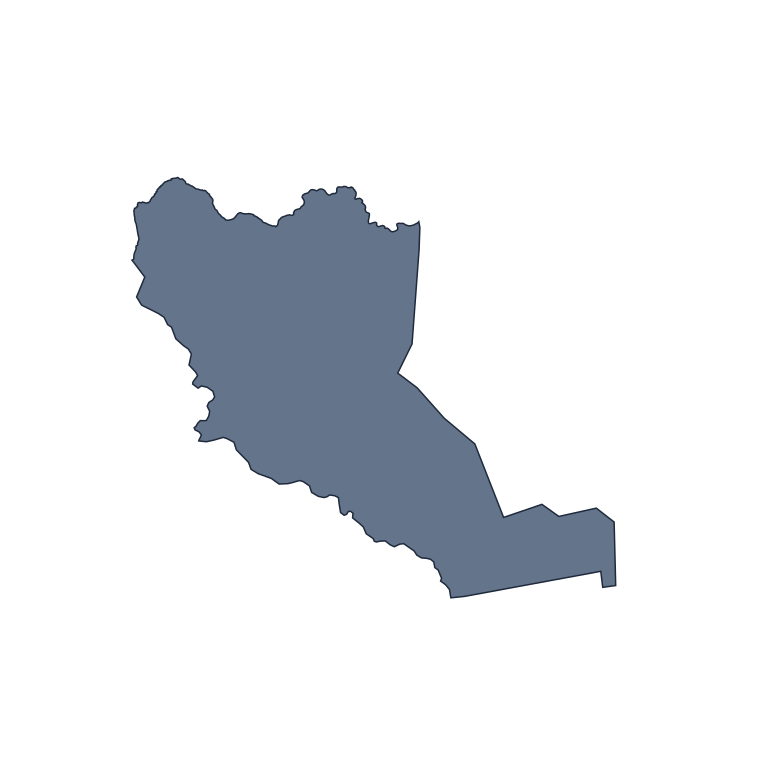 the district of Municipality D, Montevideo, Uruguay, rotated 305°
{"feature_id": "84410073B61220439559316", "entity_name": "Municipality D", "entity_type": "district", "adm_level": 2, "iso_a3": "URY", "parent_name": "Uruguay", "parent_adm1": "Montevideo", "projection": "natural_earth1", "projection_center": [-56.128, -34.798], "detail": "fine", "context": "isolated", "style": "filled", "palette": "slate", "viewbox_px": 768, "rotation_deg": 305, "n_neighbors": 0, "source": "geoboundaries", "source_scale": "gbopen_adm2", "svg_char_len": 6063}
<svg xmlns="http://www.w3.org/2000/svg" viewBox="0 0 768 768"><g transform="rotate(305 384 384)"><path d="M525.0,251.1L525.5,249.5L525.9,249.0L526.1,248.6L526.0,248.2L526.1,247.7L526.7,246.4L526.8,245.8L526.7,244.9L526.6,244.3L526.4,244.0L526.1,244.2L525.7,244.0L524.2,242.0L524.0,241.4L523.9,239.6L522.9,237.9L522.5,237.5L522.1,237.4L521.4,236.8L520.5,235.7L520.0,234.7L519.4,233.8L518.6,233.2L518.0,233.2L517.0,233.3L515.4,234.2L514.7,234.8L513.9,235.2L513.0,235.1L512.0,234.6L511.4,234.0L510.9,233.1L509.9,232.3L508.1,231.5L507.2,230.6L507.0,229.4L507.2,227.8L507.9,225.8L508.4,224.4L508.4,222.8L508.1,221.5L507.3,220.2L506.3,219.2L504.6,218.7L503.6,217.9L502.8,215.1L502.3,214.1L501.4,213.0L500.1,212.5L497.3,212.2L496.6,211.9L494.7,210.3L494.1,209.9L492.3,209.2L491.3,209.3L490.4,209.6L489.7,210.2L489.2,211.8L488.4,213.3L487.9,213.9L487.1,214.5L486.4,214.9L485.0,215.3L483.4,215.0L481.6,214.5L479.7,214.6L479.0,214.2L478.3,213.7L477.6,212.9L476.4,212.1L475.8,211.7L474.4,211.3L473.9,211.5L472.3,211.7L471.4,212.7L470.8,212.7L470.3,212.5L469.3,211.8L469.1,211.6L468.4,209.6L466.2,207.5L464.6,206.6L463.2,205.4L461.6,204.5L460.6,204.3L459.3,204.2L458.4,203.9L457.4,203.9L454.5,205.2L453.1,205.7L452.0,205.5L451.1,204.9L450.8,205.0L450.9,204.4L450.4,203.2L449.3,201.8L449.2,200.6L448.8,199.9L448.6,199.1L448.2,197.3L448.1,195.6L447.3,192.9L447.2,191.5L447.9,190.1L448.0,188.5L447.9,187.1L448.0,186.2L447.7,185.9L447.6,185.7L447.9,185.5L448.0,184.9L447.9,183.5L447.8,183.1L447.7,182.1L447.3,181.4L447.3,180.9L447.5,180.5L447.9,180.1L446.9,177.3L446.3,175.9L443.8,172.9L443.5,172.2L442.6,170.6L442.4,169.9L442.4,169.5L442.0,168.2L441.5,167.6L439.7,166.6L434.8,166.3L433.1,165.9L431.1,164.6L429.4,163.1L428.9,162.6L427.6,160.3L428.0,158.7L428.1,157.5L427.8,154.8L428.0,154.2L428.3,154.0L428.5,153.4L428.7,151.0L428.8,150.5L429.5,149.0L430.0,148.4L430.3,147.5L430.4,145.4L430.5,145.0L431.8,143.2L432.8,141.1L433.5,140.0L436.5,138.4L437.1,137.6L437.9,135.1L438.1,134.6L438.2,133.3L439.1,132.4L439.3,131.6L439.2,130.0L439.4,129.6L439.6,128.3L440.0,127.2L439.9,126.7L439.5,125.7L439.0,125.4L438.5,124.5L438.7,124.0L438.5,123.5L437.9,123.1L437.3,121.3L437.3,120.7L436.0,118.2L436.1,115.8L436.0,115.0L436.2,113.8L435.8,112.9L435.5,110.8L435.4,108.9L434.7,107.8L434.6,106.9L434.9,106.2L435.5,105.7L435.8,105.1L436.0,104.0L436.2,101.8L436.4,101.4L436.3,101.0L435.1,100.1L434.8,99.4L434.9,96.8L434.8,96.5L434.4,96.2L433.7,95.8L432.8,94.9L432.4,94.5L431.3,93.1L430.8,93.0L430.7,92.7L430.4,92.6L430.3,92.3L430.1,92.1L429.7,92.1L429.5,92.5L428.4,92.5L428.2,92.2L428.0,91.7L427.3,90.9L426.5,90.3L426.1,90.4L425.0,89.5L424.5,89.4L423.9,88.7L423.4,88.5L421.6,88.4L420.8,88.1L420.1,88.2L419.6,88.1L418.9,87.6L418.6,87.5L418.0,87.9L417.5,87.8L417.0,87.4L416.9,87.6L416.2,87.2L414.8,87.1L413.0,86.8L412.8,86.8L412.2,87.2L412.0,87.5L411.6,87.6L411.3,87.6L410.6,87.1L410.1,87.6L409.8,87.6L408.8,87.5L408.4,87.3L408.1,87.6L407.6,87.4L406.1,87.8L405.0,87.5L403.6,87.0L403.1,87.1L400.8,87.2L399.4,87.5L397.6,87.1L397.3,86.9L396.9,86.2L396.2,85.9L395.8,85.5L395.4,84.5L395.3,83.7L394.8,82.9L394.7,82.1L394.5,81.7L393.4,81.5L393.2,81.3L392.9,80.4L392.5,79.7L392.0,79.1L391.3,78.6L391.0,78.6L390.4,79.1L389.7,79.1L389.3,79.2L389.1,79.7L388.2,80.1L388.0,80.3L387.6,80.2L387.0,79.6L386.7,79.6L386.1,79.8L385.4,79.6L384.8,78.9L383.3,79.6L382.6,79.6L378.4,83.2L377.2,84.7L376.3,85.1L375.7,85.6L373.8,87.8L373.3,88.8L371.1,91.1L365.8,96.3L363.0,99.4L362.1,100.2L358.3,101.3L357.8,101.5L357.4,102.1L356.7,102.3L356.0,102.4L355.4,102.3L355.2,101.8L354.5,102.0L353.5,102.5L352.7,103.4L348.9,104.3L347.8,104.5L345.4,105.7L343.4,107.0L342.7,107.3L341.7,107.0L340.9,106.5L339.1,112.3L334.4,126.7L313.4,131.4L309.8,139.7L309.6,140.6L312.3,158.3L312.5,165.6L308.5,172.8L308.7,177.3L301.6,187.6L300.4,197.9L300.4,203.7L298.1,209.0L287.7,213.4L285.7,222.9L284.0,226.5L276.3,226.3L274.2,227.3L274.0,234.1L277.7,235.6L279.9,241.1L279.9,248.0L276.2,252.7L272.6,252.8L268.5,251.1L264.4,251.9L261.6,256.9L257.1,258.9L252.2,259.4L250.0,256.6L248.7,254.5L245.1,253.9L241.7,254.2L239.2,253.6L238.0,255.6L238.7,259.8L237.6,263.6L235.0,264.2L232.8,264.4L231.1,264.9L234.8,271.6L240.1,276.5L248.1,283.0L249.3,287.2L250.2,294.6L245.4,300.8L242.1,318.0L237.8,324.1L238.4,332.6L242.0,345.8L241.9,355.5L247.3,362.5L250.4,365.3L256.4,370.1L257.7,373.6L257.8,381.4L253.7,386.9L254.3,394.6L256.5,399.9L259.1,402.1L261.9,403.1L264.2,407.7L264.8,411.8L259.8,416.3L253.8,422.1L253.6,426.6L255.7,428.1L258.9,427.9L260.5,429.4L260.4,432.7L258.0,434.0L256.3,435.1L255.7,443.9L255.0,449.1L251.1,455.4L251.2,463.8L249.6,466.3L250.3,468.5L253.0,470.9L256.2,475.1L255.8,481.2L256.6,485.8L261.9,488.8L264.5,491.8L264.5,504.6L262.6,509.1L263.1,514.6L265.6,518.8L267.1,522.6L266.8,526.8L262.8,530.9L262.7,535.0L257.9,542.6L255.0,543.4L254.9,549.7L253.2,555.5L247.2,561.4L256.1,571.7L354.9,669.0L342.9,679.8L351.8,689.4L402.9,651.7L404.1,629.1L375.8,603.2L376.0,582.4L343.3,558.5L387.0,492.8L390.5,452.9L399.9,413.3L400.8,389.0L432.9,384.0L514.0,335.8L532.8,323.6L536.9,319.4L535.7,319.3L535.0,319.0L531.3,317.1L529.6,315.7L527.9,314.0L526.9,311.1L526.7,310.0L526.7,308.1L526.3,307.2L525.7,306.3L524.9,305.3L524.3,304.1L523.6,303.4L522.6,302.8L521.7,303.2L521.0,304.0L520.5,305.0L519.8,305.7L519.0,306.2L518.3,306.5L516.2,305.8L514.4,304.5L513.6,303.6L513.1,302.6L513.1,301.5L513.6,298.8L513.6,297.6L513.1,296.7L512.3,296.0L512.1,295.5L513.3,294.4L513.4,293.7L513.3,292.9L513.0,291.9L510.1,289.6L509.5,288.8L509.5,288.1L509.8,287.0L510.3,286.5L511.0,286.2L511.6,285.6L511.7,284.8L511.4,284.0L510.8,283.4L509.9,282.6L507.3,280.7L506.9,279.9L507.0,279.1L507.6,278.3L509.1,277.4L513.7,275.3L514.6,274.8L515.2,274.2L515.2,273.3L514.7,271.7L514.7,271.1L515.1,269.7L516.3,268.3L517.7,267.9L518.3,267.4L519.1,266.6L519.4,265.8L519.7,263.9L520.0,263.1L519.8,262.5L519.6,262.2L520.0,261.9L521.1,261.7L521.6,261.5L522.0,260.9L522.2,260.2L522.3,258.6L522.2,258.0L521.9,257.2L521.4,256.8L520.5,255.7L519.4,255.1L519.0,254.6L519.0,254.1L519.3,253.6L521.9,253.0L523.6,252.2L525.0,251.1Z" fill="#64748b" stroke="#1e293b" stroke-width="1.5"/></g></svg>